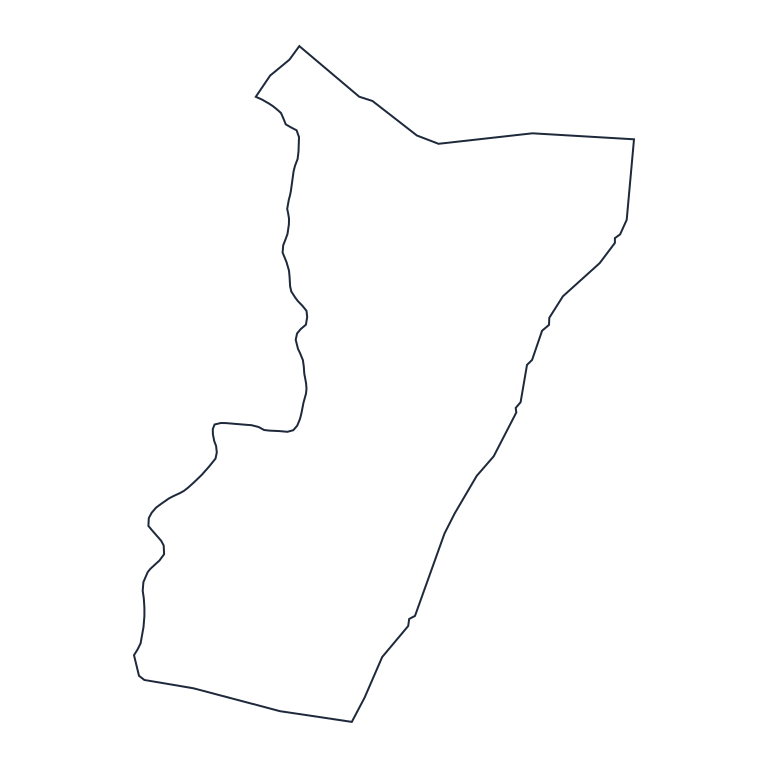 the district of San Antonio Palopó, Sololá, Guatemala
{"feature_id": "79465075B56849944054802", "entity_name": "San Antonio Palopó", "entity_type": "district", "adm_level": 2, "iso_a3": "GTM", "parent_name": "Guatemala", "parent_adm1": "Sololá", "projection": "albers", "projection_center": [-91.117, 14.666], "detail": "fine", "context": "isolated", "style": "outline", "palette": "slate", "viewbox_px": 768, "rotation_deg": 0, "n_neighbors": 0, "source": "geoboundaries", "source_scale": "gbopen_adm2", "svg_char_len": 1789}
<svg xmlns="http://www.w3.org/2000/svg" viewBox="0 0 768 768"><path d="M134.0,655.2L139.0,675.8L144.4,680.0L193.5,688.3L280.1,711.2L351.8,721.9L364.6,697.6L382.2,657.0L408.2,626.0L409.2,618.9L415.0,615.9L444.5,533.5L454.7,513.4L476.7,475.9L493.7,456.3L516.3,412.5L515.7,407.9L520.6,402.2L527.0,364.9L532.1,359.9L542.1,330.7L549.0,324.9L549.3,317.8L562.9,296.3L599.7,263.1L614.9,242.9L614.9,238.1L620.1,234.4L626.7,219.8L634.0,139.3L532.4,133.3L438.5,143.8L416.9,135.5L372.5,101.0L359.2,96.7L299.3,46.1L289.5,59.6L270.1,75.6L255.8,96.8L262.1,99.6L268.7,103.4L273.0,106.2L277.3,109.7L281.0,113.0L283.4,118.5L285.8,124.4L291.4,127.6L296.6,130.3L299.0,137.1L298.5,151.7L297.6,159.0L295.0,165.8L293.6,171.2L291.9,183.6L290.9,190.9L290.0,195.4L288.8,199.8L287.2,208.9L288.2,213.6L289.0,218.6L288.9,224.4L287.5,233.9L285.8,238.6L283.2,245.3L282.6,252.6L286.5,262.1L289.0,270.7L289.6,277.3L290.1,286.2L291.3,291.5L295.1,297.4L297.7,300.9L302.7,306.1L306.5,310.9L307.2,317.0L305.9,324.7L300.9,328.9L297.1,333.4L295.7,339.7L298.0,348.9L299.9,352.8L302.9,360.1L303.8,366.7L304.3,373.8L305.3,379.0L306.1,383.5L306.5,388.9L306.0,393.6L303.5,402.6L301.4,413.4L300.0,418.9L297.2,425.7L293.3,430.2L287.4,431.8L279.7,431.1L269.3,430.6L264.1,430.0L258.6,427.0L251.6,425.2L245.0,424.7L226.0,423.1L220.8,423.0L214.6,424.5L212.8,429.1L212.9,434.2L214.2,441.0L216.1,446.0L216.8,452.5L215.5,458.6L208.8,466.9L201.5,475.1L193.8,482.5L187.9,487.8L183.9,490.9L179.9,493.1L173.6,496.0L168.8,498.5L161.5,503.6L156.2,507.5L151.7,512.7L148.8,518.1L148.4,525.9L151.5,529.7L161.1,540.7L163.7,545.5L164.1,554.2L159.3,560.7L155.8,563.8L150.4,568.8L147.7,572.1L143.4,582.1L142.7,590.7L143.8,598.4L144.4,607.7L144.4,616.1L143.5,627.1L140.6,643.3L137.7,649.2L134.0,655.2Z" fill="none" stroke="#1e293b" stroke-width="2"/></svg>